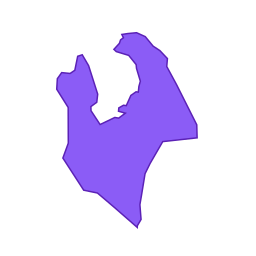 Loga, Dosso, Niger (Equal Earth projection), rotated 146°
{"feature_id": "23599985B16490635358595", "entity_name": "Loga", "entity_type": "district", "adm_level": 2, "iso_a3": "NER", "parent_name": "Niger", "parent_adm1": "Dosso", "projection": "equal_earth", "projection_center": [3.398, 13.629], "detail": "fine", "context": "isolated", "style": "filled", "palette": "violet", "viewbox_px": 256, "rotation_deg": 146, "n_neighbors": 0, "source": "geoboundaries", "source_scale": "gbopen_adm2", "svg_char_len": 844}
<svg xmlns="http://www.w3.org/2000/svg" viewBox="0 0 256 256"><g transform="rotate(146 128 128)"><path d="M56.5,163.5L58.3,174.4L61.4,181.8L62.6,194.1L67.6,202.2L75.5,206.5L80.8,209.0L81.3,205.4L84.9,205.2L87.8,203.0L95.7,201.1L95.0,197.9L86.8,187.8L85.8,176.0L87.6,172.7L91.6,159.9L95.7,156.4L99.4,152.0L101.1,153.5L107.4,153.4L116.9,147.5L119.0,149.4L124.4,149.8L126.5,147.2L121.9,141.8L130.2,141.4L133.0,144.1L149.2,146.5L149.0,163.0L146.8,166.5L139.5,166.8L134.2,173.0L125.8,201.7L125.0,214.3L129.6,215.6L139.8,205.6L145.5,205.6L152.0,211.0L159.0,208.4L165.4,200.0L166.1,178.5L186.0,148.8L198.8,139.5L199.5,101.2L189.7,91.2L184.1,71.2L175.9,40.4L175.0,41.7L168.3,44.9L161.0,57.8L154.4,64.7L139.4,80.6L129.6,86.2L106.8,97.3L76.2,81.2L69.2,92.2L63.5,136.8L61.5,157.3L56.5,163.5Z" fill="#8b5cf6" stroke="#5b21b6" stroke-width="1.5"/></g></svg>